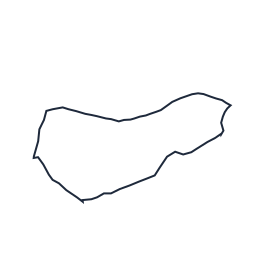 Kangarli District, Babək, Azerbaijan (Equal Earth projection), rotated 47°
{"feature_id": "54616110B75082210580506", "entity_name": "Kangarli District", "entity_type": "district", "adm_level": 2, "iso_a3": "AZE", "parent_name": "Azerbaijan", "parent_adm1": "Babək", "projection": "equal_earth", "projection_center": [45.21, 39.448], "detail": "fine", "context": "isolated", "style": "outline", "palette": "slate", "viewbox_px": 256, "rotation_deg": 47, "n_neighbors": 0, "source": "geoboundaries", "source_scale": "gbopen_adm2", "svg_char_len": 1008}
<svg xmlns="http://www.w3.org/2000/svg" viewBox="0 0 256 256"><g transform="rotate(47 128 128)"><path d="M196.2,64.1L195.0,60.0L187.7,56.3L184.4,50.9L182.4,46.4L181.4,42.0L181.4,37.5L181.1,37.6L176.5,39.1L171.8,40.2L166.4,43.5L161.6,46.1L154.7,49.6L150.4,53.1L147.0,58.1L144.3,64.2L142.0,69.4L139.1,77.8L138.3,84.2L137.3,91.8L135.4,96.3L132.6,102.5L131.0,106.4L127.8,111.5L125.3,117.0L123.5,120.5L119.4,125.4L116.9,130.2L110.0,134.3L106.0,137.6L98.1,142.7L93.2,146.1L88.5,149.6L80.3,154.4L73.7,158.7L68.4,161.7L62.9,170.3L60.0,175.7L59.8,176.0L64.8,184.0L66.6,188.8L68.5,193.7L76.4,202.7L80.1,208.8L84.5,216.1L85.6,217.4L88.0,213.7L96.9,214.8L108.1,217.7L114.5,218.5L121.4,216.2L131.4,215.5L144.0,212.6L151.1,211.4L149.7,210.4L155.1,203.4L157.6,197.9L159.4,190.2L164.2,185.1L167.1,175.5L171.1,166.1L174.7,156.5L177.9,148.5L180.9,140.8L178.6,131.9L175.6,119.0L177.5,109.7L185.0,105.7L188.9,98.2L189.9,92.6L192.4,79.5L194.7,71.1L195.8,63.8L196.2,64.1Z" fill="none" stroke="#1e293b" stroke-width="2"/></g></svg>